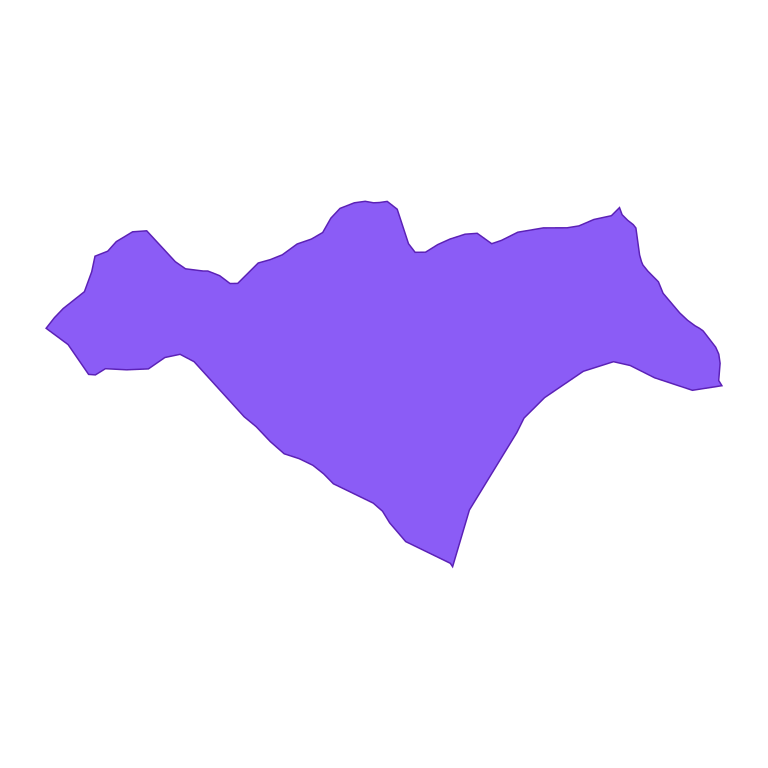 map outline of Bazéga (orthographic projection)
{"feature_id": "BFA-2814", "entity_name": "Bazéga", "entity_type": "Province", "adm_level": 1, "iso_a3": "BFA", "parent_name": "Burkina Faso", "parent_adm1": "", "projection": "orthographic", "projection_center": [-1.43, 11.889], "detail": "fine", "context": "isolated", "style": "filled", "palette": "violet", "viewbox_px": 768, "rotation_deg": 0, "n_neighbors": 0, "source": "natural_earth", "source_scale": "10m", "svg_char_len": 1323}
<svg xmlns="http://www.w3.org/2000/svg" viewBox="0 0 768 768"><path d="M619.5,207.6L622.1,214.7L627.7,220.3L633.3,224.7L635.9,228.0L639.6,255.0L641.5,261.7L642.9,265.0L648.0,271.3L658.4,281.8L663.1,293.3L679.7,312.9L687.6,320.3L694.9,325.7L699.5,328.3L703.2,331.0L715.7,347.2L718.8,354.2L720.1,363.3L718.7,380.5L721.9,385.7L692.4,390.3L654.6,377.8L630.2,365.5L613.5,361.7L583.3,371.3L544.6,397.6L524.0,418.1L516.8,432.6L469.4,510.0L452.6,566.7L450.3,563.3L405.7,541.6L389.7,522.9L382.5,511.2L373.2,503.1L333.4,483.8L323.7,473.9L312.9,465.3L299.0,458.6L284.2,453.8L270.3,441.6L256.2,426.7L244.1,416.7L194.1,361.7L180.1,354.3L164.9,357.5L148.4,368.9L126.6,369.8L105.4,368.7L95.4,374.9L88.6,374.4L68.1,344.6L46.1,328.3L54.4,317.7L63.2,308.5L84.4,291.7L91.7,271.8L95.0,256.2L107.7,251.2L116.3,241.6L132.6,231.8L146.7,230.8L175.3,261.7L185.5,268.8L203.0,271.0L207.8,271.0L219.7,275.7L230.0,283.5L237.7,283.4L258.2,263.0L270.0,259.7L282.3,254.8L297.1,244.0L311.3,239.1L322.7,232.5L330.9,218.1L340.0,208.4L354.3,202.8L365.2,201.3L373.5,202.8L379.6,202.5L387.2,201.4L397.2,209.2L408.5,243.7L415.1,252.3L425.5,252.2L437.7,244.6L450.1,239.0L465.0,234.2L477.2,233.3L491.7,243.7L501.4,240.4L517.8,232.2L543.3,227.9L567.1,227.8L578.9,225.9L593.8,219.5L611.4,215.7L619.5,207.6Z" fill="#8b5cf6" stroke="#5b21b6" stroke-width="1.5"/></svg>